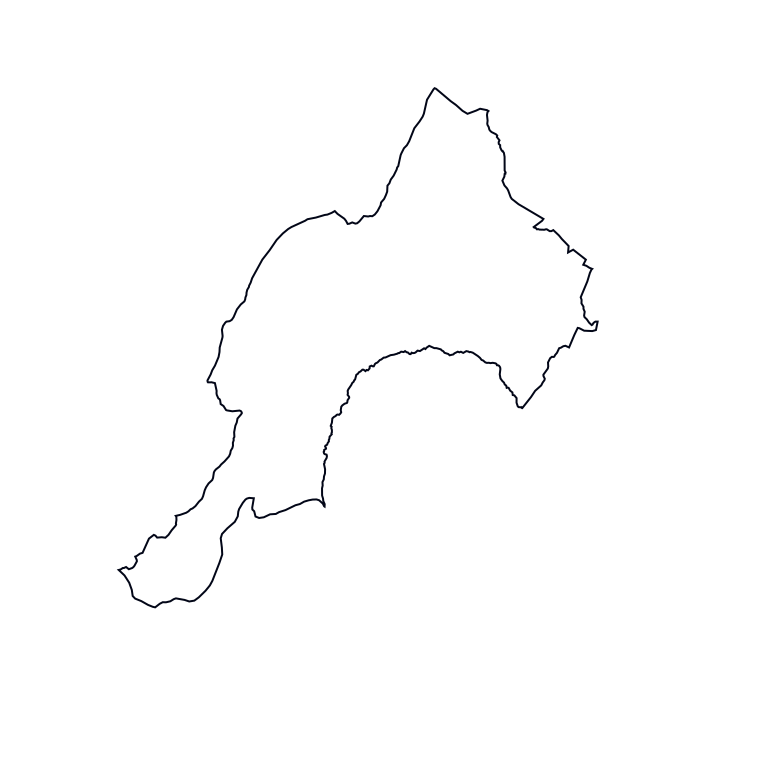 Chipaque, Cundinamarca, Colombia (Natural Earth projection), rotated 22°
{"feature_id": "7082276B56609677726929", "entity_name": "Chipaque", "entity_type": "district", "adm_level": 2, "iso_a3": "COL", "parent_name": "Colombia", "parent_adm1": "Cundinamarca", "projection": "natural_earth1", "projection_center": [-74.063, 4.408], "detail": "fine", "context": "isolated", "style": "outline", "palette": "ink", "viewbox_px": 768, "rotation_deg": 22, "n_neighbors": 0, "source": "geoboundaries", "source_scale": "gbopen_adm2", "svg_char_len": 6153}
<svg xmlns="http://www.w3.org/2000/svg" viewBox="0 0 768 768"><g transform="rotate(22 384 384)"><path d="M378.6,91.8L376.9,91.5L370.0,92.8L367.0,96.0L360.2,102.2L354.5,101.3L346.4,98.4L340.0,96.8L321.7,90.8L320.1,90.8L319.5,92.3L317.4,104.3L319.7,118.4L319.7,121.6L318.6,127.3L316.3,135.5L316.4,149.5L315.8,154.0L314.2,157.9L313.7,163.8L313.7,165.6L315.6,176.7L315.1,178.3L315.4,180.4L314.9,187.2L313.7,191.9L313.8,195.9L312.9,198.8L314.9,204.5L315.0,208.2L314.8,212.3L313.3,216.8L313.9,219.6L313.2,226.3L312.0,230.3L310.3,232.8L308.1,233.5L306.6,234.6L302.4,235.8L300.3,242.4L298.9,245.0L297.4,246.0L294.0,246.1L291.9,248.3L290.3,249.2L287.7,247.0L285.3,245.6L277.2,243.7L273.6,242.1L271.3,245.0L268.1,248.1L265.7,249.5L258.5,255.2L251.3,259.9L249.7,262.2L239.4,273.1L237.1,276.2L233.8,282.3L230.5,290.6L227.8,302.9L224.6,314.2L222.1,335.3L222.4,340.0L222.1,343.4L222.4,344.7L221.9,347.8L222.3,350.7L223.1,353.1L223.1,355.6L223.6,357.6L223.6,359.7L221.4,363.9L219.7,369.9L219.5,378.4L218.8,381.6L217.3,383.6L214.5,385.2L213.8,386.7L213.0,390.4L213.4,394.4L216.4,400.0L216.8,401.5L218.0,411.7L219.5,416.0L220.5,420.9L220.4,430.3L219.6,435.6L219.7,440.1L219.0,446.8L219.6,448.0L220.2,448.4L223.5,447.0L226.9,446.5L231.4,453.1L232.1,455.2L233.0,456.7L235.8,459.4L237.1,459.6L238.1,460.4L240.1,463.8L243.4,464.5L247.3,467.3L248.3,467.3L253.6,466.1L260.1,462.7L261.6,462.8L262.7,463.6L263.1,464.2L262.9,465.6L261.1,470.9L261.9,474.9L261.8,478.3L263.1,484.8L265.1,489.1L264.9,490.8L265.7,492.4L265.9,495.1L267.1,497.8L267.4,500.2L266.9,503.2L267.5,506.3L267.4,509.2L265.1,515.6L263.1,519.7L262.4,522.2L260.1,526.2L259.5,528.2L259.4,529.7L260.7,535.2L260.7,537.4L258.6,541.9L257.7,546.4L257.6,549.7L258.3,555.9L258.2,558.7L256.5,562.4L254.9,567.9L253.1,571.1L251.6,572.6L250.4,575.3L248.9,577.4L244.0,581.7L240.3,584.3L241.2,584.9L242.5,587.8L243.3,591.3L243.9,592.1L243.9,593.2L241.9,599.2L240.7,604.6L238.9,608.4L235.4,609.3L231.2,611.4L228.9,610.2L227.1,610.1L224.0,615.4L223.4,631.0L221.3,632.7L219.0,636.3L218.0,637.2L220.7,639.8L221.3,641.0L220.7,646.1L220.2,647.7L219.4,649.0L216.8,651.3L213.4,650.3L211.7,652.1L210.8,652.4L209.3,654.6L207.7,655.8L215.1,658.7L222.2,663.7L227.3,669.4L230.4,674.7L233.7,676.2L240.3,676.2L247.9,677.2L253.1,677.2L255.5,676.8L258.4,671.8L260.6,669.2L263.6,668.1L267.3,665.5L269.6,662.3L271.4,660.7L280.0,658.9L284.9,658.6L289.3,655.9L292.2,651.2L296.0,642.5L298.0,636.0L298.6,630.8L298.4,611.6L297.9,602.7L294.9,596.3L290.4,588.2L290.0,583.7L292.9,576.3L297.3,567.7L298.0,561.5L296.7,556.9L296.5,554.2L297.6,547.1L298.8,543.1L299.8,541.6L301.7,540.1L306.1,538.7L308.1,547.9L309.0,549.7L311.3,550.6L314.5,555.0L318.4,555.0L322.5,552.6L327.2,547.5L332.4,545.0L334.7,542.1L339.9,537.8L347.3,529.6L351.0,526.8L354.0,523.0L357.8,520.0L361.1,517.9L364.7,516.3L367.4,516.1L372.1,517.8L374.3,519.8L374.8,519.9L374.0,517.6L371.6,515.3L370.4,513.1L368.4,510.6L365.6,503.9L365.2,501.2L363.7,498.0L363.9,495.0L363.0,492.2L362.8,489.1L361.3,485.1L358.3,480.6L358.5,479.3L357.9,478.2L358.5,474.1L358.1,472.2L357.2,471.0L355.4,471.2L354.5,470.9L353.5,469.6L353.7,468.9L353.2,467.6L354.5,465.7L354.2,465.1L352.8,464.0L352.8,463.1L354.0,461.6L353.9,459.8L354.4,457.9L353.8,456.6L353.9,455.4L353.3,453.2L354.4,450.2L353.7,449.4L353.8,448.3L352.9,446.1L351.6,444.5L351.5,443.3L350.3,442.8L350.2,439.4L349.0,435.3L349.9,433.3L351.1,431.9L351.7,430.3L352.6,429.6L353.9,429.4L354.7,427.6L354.9,426.2L353.7,424.5L352.9,421.0L353.4,419.4L354.8,417.1L356.7,415.5L356.8,414.7L356.3,412.7L356.9,409.8L356.4,408.9L354.3,407.7L354.0,406.1L352.9,404.0L352.9,402.4L354.0,397.4L354.2,394.9L355.0,393.3L355.0,391.6L355.5,390.7L354.9,385.8L356.0,384.2L356.3,382.6L357.5,381.2L358.6,378.8L359.7,378.4L362.0,379.0L362.6,377.5L364.0,377.3L364.8,375.0L364.2,373.1L365.5,371.7L367.2,371.8L367.9,371.4L368.1,368.9L368.5,368.0L369.9,366.5L371.2,363.3L372.3,362.3L373.8,359.7L375.5,358.8L379.3,354.8L382.2,353.1L385.2,350.7L385.6,350.0L386.5,349.6L387.8,347.6L390.3,347.0L391.2,345.6L393.1,346.1L394.2,345.8L396.5,346.7L397.5,346.3L397.9,344.6L399.1,344.6L400.5,343.9L401.4,343.0L402.6,340.5L405.0,340.0L407.8,335.9L409.3,336.1L409.9,334.3L411.6,331.7L417.2,331.9L419.2,331.1L423.7,330.6L424.9,331.2L426.7,331.4L428.4,332.4L432.4,332.1L434.1,332.8L437.2,330.6L437.8,329.2L440.3,326.4L442.0,326.4L443.2,325.3L445.8,325.5L448.0,322.7L450.1,322.3L451.3,322.5L452.2,321.9L454.6,321.7L460.5,322.9L463.2,323.8L465.4,325.1L467.2,325.1L469.8,326.0L471.4,325.9L473.4,325.0L474.8,324.8L476.9,323.6L479.5,323.1L480.6,323.2L481.7,324.3L482.9,323.9L483.9,324.0L485.4,325.0L486.3,326.5L487.7,331.7L489.9,335.2L492.4,336.8L494.8,337.8L496.1,339.2L497.9,339.7L499.2,341.6L500.0,341.0L501.0,340.9L503.5,342.9L506.2,343.7L507.5,346.0L509.1,345.7L512.2,347.4L513.9,351.7L516.4,354.6L517.5,355.0L519.7,354.3L520.5,354.5L520.6,354.0L521.3,354.3L525.2,341.0L526.7,333.7L530.3,326.4L530.6,323.1L531.3,320.4L531.1,318.9L528.8,316.8L528.3,315.6L530.1,308.3L529.7,306.2L528.0,302.6L528.4,297.8L529.5,295.9L531.1,295.4L531.6,294.9L531.8,293.0L532.7,290.3L533.0,285.2L534.4,284.1L536.1,281.8L537.9,280.6L541.9,280.8L542.1,267.1L542.6,259.4L544.2,259.1L549.6,259.6L557.3,256.9L560.3,254.6L558.7,246.1L556.7,246.9L556.0,247.8L555.3,249.2L555.1,250.8L554.5,251.6L551.2,250.3L547.7,248.0L544.9,246.9L543.9,245.6L543.0,241.8L540.8,239.6L540.0,237.6L536.9,235.3L535.7,232.0L533.9,229.9L534.1,212.7L533.3,203.9L533.5,200.2L533.9,199.3L530.9,199.3L527.4,198.6L524.1,198.8L524.6,193.1L509.1,188.6L505.4,193.1L503.5,186.9L494.5,182.9L490.5,180.7L483.3,177.9L482.0,179.5L480.4,180.2L477.1,179.6L476.3,179.8L474.9,180.9L470.3,182.6L469.0,182.6L467.9,183.3L466.3,182.5L464.6,182.7L464.0,182.4L469.4,173.5L470.0,171.2L441.4,166.9L433.1,164.5L431.3,163.2L426.6,158.0L424.7,156.5L421.3,154.8L417.6,151.1L417.9,146.6L417.1,143.8L417.2,143.3L417.7,143.3L417.5,142.3L415.9,140.9L410.7,128.2L408.6,124.8L406.9,123.6L406.7,123.9L405.5,123.3L403.1,121.1L402.2,119.0L400.5,118.4L399.7,116.8L399.8,114.8L396.1,112.7L395.9,111.2L394.2,110.5L389.3,110.1L387.5,109.4L386.4,108.7L384.8,106.5L382.9,105.0L382.2,103.9L381.4,101.0L378.7,96.0L378.1,93.2L378.6,91.8Z" fill="none" stroke="#020617" stroke-width="2"/></g></svg>